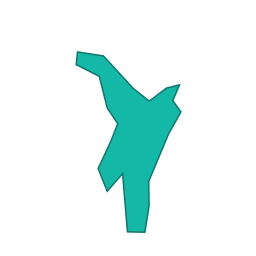 the border of Malabon, rotated 230°
{"feature_id": "PHL-5546", "entity_name": "Malabon", "entity_type": "Highly Urbanized City", "adm_level": 1, "iso_a3": "PHL", "parent_name": "Philippines", "parent_adm1": "", "projection": "mercator", "projection_center": [120.966, 14.665], "detail": "fine", "context": "isolated", "style": "filled", "palette": "teal", "viewbox_px": 256, "rotation_deg": 230, "n_neighbors": 0, "source": "natural_earth", "source_scale": "10m", "svg_char_len": 420}
<svg xmlns="http://www.w3.org/2000/svg" viewBox="0 0 256 256"><g transform="rotate(230 128 128)"><path d="M48.8,60.8L96.5,94.5L92.9,71.4L116.2,79.1L129.0,106.6L137.9,122.9L156.6,124.9L186.1,139.2L209.8,129.0L218.7,138.2L199.0,155.5L154.6,157.5L134.9,161.6L133.9,183.0L128.0,195.2L120.1,179.9L106.3,178.9L97.5,155.5L73.8,109.6L55.1,94.4L37.3,74.0L48.8,60.8Z" fill="#14b8a6" stroke="#0f766e" stroke-width="1.5"/></g></svg>